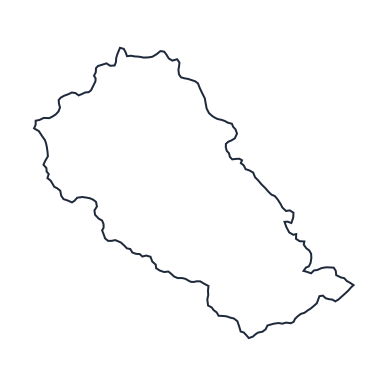 the district of Carmo do Cajuru, Minas Gerais, Brazil, rotated 173°
{"feature_id": "56859067B72173445763678", "entity_name": "Carmo do Cajuru", "entity_type": "district", "adm_level": 2, "iso_a3": "BRA", "parent_name": "Brazil", "parent_adm1": "Minas Gerais", "projection": "orthographic", "projection_center": [-44.71, -20.195], "detail": "fine", "context": "isolated", "style": "outline", "palette": "slate", "viewbox_px": 384, "rotation_deg": 173, "n_neighbors": 0, "source": "geoboundaries", "source_scale": "gbopen_adm2", "svg_char_len": 3242}
<svg xmlns="http://www.w3.org/2000/svg" viewBox="0 0 384 384"><g transform="rotate(173 192 192)"><path d="M184.9,72.1L182.1,69.4L180.7,65.9L177.0,65.3L172.9,64.4L169.0,62.5L165.9,61.4L162.7,58.2L161.6,52.9L160.7,47.6L157.8,46.3L155.9,43.8L153.4,40.1L149.3,41.0L146.2,43.1L143.6,44.4L139.0,44.8L135.6,46.8L133.4,50.3L127.1,51.3L122.0,51.4L118.5,50.3L114.5,50.9L109.9,49.7L106.9,50.8L105.2,53.5L102.2,55.8L99.0,57.7L95.1,58.4L91.5,60.4L88.7,61.7L85.4,63.8L81.7,66.3L80.0,69.6L78.2,73.1L74.7,73.2L72.3,70.3L69.3,69.0L65.8,68.1L63.1,66.0L59.8,67.4L55.8,70.2L52.5,72.5L49.0,75.0L45.7,78.0L43.0,79.9L46.3,82.7L49.2,84.8L51.4,87.9L54.7,89.1L59.0,91.9L58.9,96.1L60.5,99.6L64.6,100.4L68.2,100.9L72.6,100.7L77.3,99.3L80.5,99.3L83.7,96.8L88.2,99.0L90.9,100.1L88.0,103.2L85.1,103.9L83.0,107.1L81.6,111.9L81.3,116.2L82.7,119.6L85.4,122.2L87.5,126.1L86.5,129.2L91.1,130.0L94.5,132.9L93.7,137.5L96.7,137.2L100.4,140.0L102.7,145.9L103.8,151.1L100.7,150.9L97.2,149.1L94.7,154.1L93.8,159.0L97.1,161.8L101.0,161.7L104.2,165.6L105.5,169.2L107.9,174.2L110.3,177.9L113.5,179.7L116.2,183.1L118.8,187.0L122.0,191.0L125.2,195.9L127.6,198.9L128.9,203.8L132.7,206.6L136.0,208.1L137.4,212.1L140.0,214.7L138.5,217.4L140.9,219.2L144.3,219.5L148.1,219.5L150.1,222.2L150.6,226.0L152.5,228.6L153.0,232.3L152.5,235.6L149.8,237.5L146.8,238.3L143.0,240.0L140.2,244.5L141.2,248.9L143.2,251.7L144.1,254.9L147.9,256.4L151.0,258.6L154.1,260.1L157.7,261.3L160.4,263.1L162.7,265.0L165.5,268.2L167.3,273.0L167.6,277.9L167.9,283.5L170.0,289.3L171.7,294.5L172.8,299.0L175.2,301.4L177.9,302.7L182.1,304.7L185.7,305.8L189.0,307.2L190.6,310.4L190.6,314.9L189.5,318.4L188.7,322.0L190.6,325.6L195.5,324.8L198.8,327.4L200.7,331.6L202.5,334.7L206.2,335.7L210.1,333.2L214.8,331.1L218.7,330.9L223.5,331.3L228.3,332.8L232.5,333.6L236.1,334.7L239.9,334.7L240.9,338.8L242.3,342.4L245.9,343.9L247.8,340.5L249.4,337.7L251.0,333.9L251.6,330.4L253.4,327.0L257.9,327.3L261.2,330.1L266.1,329.2L270.0,328.5L272.2,326.6L272.9,322.6L275.1,319.3L273.8,316.5L274.4,313.5L277.1,309.4L279.7,305.4L282.3,303.7L285.9,303.8L289.5,302.6L292.7,301.7L295.6,304.4L299.1,305.4L302.6,304.2L307.3,303.1L310.9,301.6L313.1,299.5L313.3,295.9L312.7,292.0L314.7,288.2L317.7,285.7L320.8,284.1L324.6,282.7L330.1,283.6L334.5,282.1L338.5,281.8L339.0,277.8L341.0,274.4L336.6,271.1L334.2,266.2L331.6,261.3L330.9,257.7L330.6,254.1L330.5,249.6L330.7,244.9L333.6,241.2L336.1,237.2L333.6,233.5L333.8,230.0L332.0,227.3L333.8,223.4L331.0,220.6L329.5,217.4L328.1,214.0L325.2,212.0L322.6,209.3L322.3,204.3L320.4,200.6L316.2,198.6L312.4,196.3L309.7,197.6L306.7,200.3L301.5,200.4L297.1,199.2L294.0,198.2L290.9,196.3L288.5,193.9L288.1,189.3L291.1,185.5L291.0,181.2L287.8,176.9L284.7,174.6L283.7,170.9L284.1,167.3L285.9,164.9L285.0,161.4L283.9,156.5L281.2,153.7L277.9,153.3L274.0,153.6L268.8,150.6L265.7,147.0L263.5,144.0L260.2,142.9L258.6,139.2L255.2,137.5L251.4,136.7L249.1,134.0L245.2,134.5L241.1,132.8L239.9,127.8L236.9,124.4L236.9,120.8L233.6,118.0L229.5,116.0L225.1,115.9L222.5,113.2L220.2,110.4L216.7,108.3L212.3,107.8L209.1,106.6L206.5,104.6L204.1,103.0L201.3,102.5L198.2,102.8L194.7,102.3L191.0,99.4L187.1,96.7L188.2,91.9L188.4,87.8L189.9,83.5L189.9,77.4L186.5,75.0L184.9,72.1Z" fill="none" stroke="#1e293b" stroke-width="2"/></g></svg>